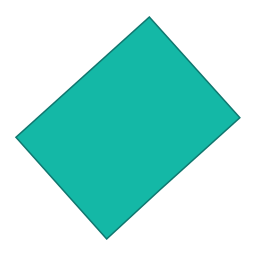 Hardee, Florida, United States of America, rotated 318°
{"feature_id": "52423323B36790328551153", "entity_name": "Hardee", "entity_type": "district", "adm_level": 2, "iso_a3": "USA", "parent_name": "United States of America", "parent_adm1": "Florida", "projection": "natural_earth1", "projection_center": [-81.777, 27.492], "detail": "fine", "context": "isolated", "style": "filled", "palette": "teal", "viewbox_px": 256, "rotation_deg": 318, "n_neighbors": 0, "source": "geoboundaries", "source_scale": "gbopen_adm2", "svg_char_len": 239}
<svg xmlns="http://www.w3.org/2000/svg" viewBox="0 0 256 256"><g transform="rotate(318 128 128)"><path d="M218.0,195.2L218.1,59.8L38.5,59.9L37.9,196.2L110.0,195.3L218.0,195.2Z" fill="#14b8a6" stroke="#0f766e" stroke-width="1.5"/></g></svg>